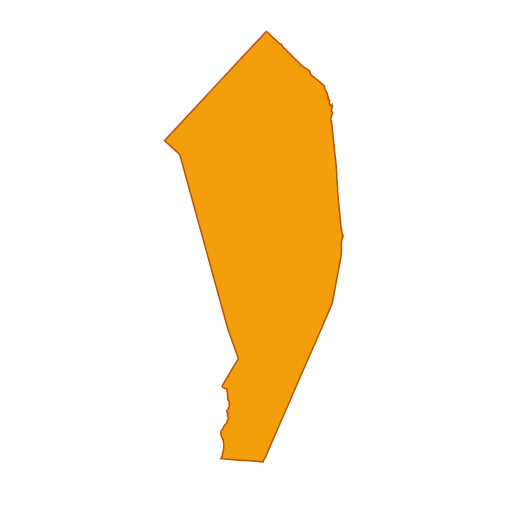 the district of North Horr, Eastern, Kenya, rotated 43°
{"feature_id": "3690345B4448118045148", "entity_name": "North Horr", "entity_type": "district", "adm_level": 2, "iso_a3": "KEN", "parent_name": "Kenya", "parent_adm1": "Eastern", "projection": "equal_earth", "projection_center": [38.048, 3.18], "detail": "fine", "context": "isolated", "style": "filled", "palette": "amber", "viewbox_px": 512, "rotation_deg": 43, "n_neighbors": 0, "source": "geoboundaries", "source_scale": "gbopen_adm2", "svg_char_len": 5226}
<svg xmlns="http://www.w3.org/2000/svg" viewBox="0 0 512 512"><g transform="rotate(43 256 256)"><path d="M399.6,395.1L399.1,393.9L398.5,392.3L397.6,389.9L394.5,381.1L394.0,379.5L393.3,377.8L392.0,374.1L391.4,372.1L389.8,367.8L389.0,365.5L387.3,360.9L379.2,337.7L377.1,331.9L369.7,311.0L360.2,284.0L359.0,280.3L358.4,278.6L355.9,271.6L355.3,269.9L352.2,261.2L345.2,241.8L344.6,240.2L344.0,238.6L338.8,230.3L318.4,198.2L317.5,197.1L316.7,195.9L314.7,193.7L313.8,192.7L312.6,191.4L311.4,190.1L310.9,189.6L310.2,189.2L309.8,188.8L309.8,188.6L309.7,188.4L309.6,187.9L309.2,187.9L308.9,187.5L308.6,187.2L308.5,186.6L308.1,186.4L307.9,185.7L307.3,185.1L307.1,184.6L307.0,183.7L306.7,183.8L306.2,182.0L305.7,182.0L305.4,181.4L304.7,181.6L302.0,179.6L300.4,178.4L298.8,177.1L297.3,176.0L296.4,175.1L295.6,174.3L293.8,172.8L292.4,171.5L290.1,169.6L289.1,168.6L286.2,166.0L285.6,165.5L284.0,164.2L282.2,162.6L280.9,161.4L277.4,158.2L276.1,157.2L274.4,155.6L273.3,154.5L271.3,152.8L270.3,151.9L270.2,151.4L268.6,149.9L267.4,148.9L264.1,145.9L260.9,142.8L255.5,137.5L254.7,136.8L250.9,133.4L249.2,131.9L248.3,131.1L248.1,131.0L248.1,130.9L248.0,130.6L247.6,130.4L247.4,130.5L247.2,130.2L246.0,129.2L245.6,128.9L244.7,128.1L239.5,123.5L237.6,121.9L236.9,121.3L235.3,119.9L232.0,117.0L231.5,116.6L230.2,115.4L229.4,114.7L227.9,113.4L226.6,112.3L225.4,111.3L221.3,107.7L220.5,107.0L219.0,105.7L218.6,106.0L218.2,105.7L217.5,104.9L216.7,104.1L216.6,103.8L215.2,100.8L215.1,100.4L215.0,100.5L214.8,100.1L214.6,99.6L214.3,99.1L213.5,98.6L213.2,98.5L212.6,98.4L211.9,98.7L211.8,98.4L211.8,98.0L211.3,97.3L210.8,96.6L210.9,96.2L210.4,95.7L210.2,95.5L210.1,94.8L209.8,95.0L209.3,94.5L208.5,93.5L208.5,94.0L208.2,94.5L207.5,95.4L207.0,94.7L206.7,94.5L206.4,94.3L205.8,94.5L205.2,93.9L204.2,92.7L204.0,92.2L203.4,92.1L202.9,91.8L201.3,91.9L201.3,91.7L201.3,91.1L196.4,88.2L193.4,87.3L189.8,84.9L186.8,85.1L183.5,85.2L177.1,85.7L175.3,85.9L173.4,86.0L171.5,85.9L169.9,84.3L168.0,84.2L160.1,85.6L157.0,85.4L152.9,85.3L151.7,85.3L147.3,85.2L145.4,85.1L143.9,85.1L138.7,84.9L131.8,84.7L130.9,84.2L130.0,83.8L128.7,84.6L110.4,84.6L110.3,107.9L110.3,137.9L110.4,234.0L131.1,233.8L252.4,308.4L285.1,328.5L295.6,334.0L299.4,335.9L309.4,341.1L312.0,342.5L313.1,343.0L315.4,354.1L319.8,374.1L320.5,374.5L320.9,374.7L321.0,374.8L321.4,374.8L321.7,374.7L321.8,374.7L322.2,374.4L322.3,374.4L322.7,374.3L323.1,374.3L323.5,374.1L323.8,373.9L324.1,373.7L324.4,373.7L324.6,373.7L324.8,373.6L324.9,373.4L325.0,373.3L325.0,373.2L325.3,373.3L325.6,373.4L325.8,373.5L326.1,373.6L326.3,373.8L326.5,374.2L326.7,374.5L326.9,374.7L327.0,374.8L327.4,374.9L327.5,374.9L327.8,375.1L328.4,375.4L328.6,375.6L329.4,376.5L329.7,376.9L329.7,377.0L329.8,377.1L330.5,377.6L330.8,377.8L331.1,378.1L331.5,378.3L331.8,378.4L331.9,378.5L332.1,378.8L332.3,379.1L332.5,379.3L332.8,379.5L333.0,379.9L333.1,380.2L333.2,380.3L333.3,380.4L333.7,380.3L333.8,380.3L334.0,380.4L334.2,380.5L334.6,380.6L334.9,380.5L335.0,380.8L335.3,380.8L335.4,380.7L335.5,380.7L335.6,380.8L335.8,380.9L336.1,381.0L336.3,381.2L336.4,381.4L336.5,381.4L336.6,381.5L336.9,381.9L337.0,382.0L337.2,382.3L337.3,382.4L337.3,382.7L337.4,382.8L337.7,382.9L337.9,383.1L338.1,383.1L338.5,383.3L338.7,383.6L338.8,383.7L338.9,383.8L339.0,384.6L339.1,384.8L339.3,385.1L339.3,385.7L339.4,385.8L339.6,385.9L339.8,386.0L340.0,386.2L340.0,386.4L340.1,386.8L340.1,387.0L340.1,387.4L340.1,387.5L340.2,388.2L340.2,389.0L340.2,389.3L340.3,389.5L340.5,389.7L340.9,389.8L341.0,389.8L341.3,389.9L341.4,390.0L341.5,390.1L341.9,390.1L342.0,390.0L342.0,389.9L342.3,389.9L342.3,390.0L342.5,390.1L342.8,390.3L343.1,390.4L343.1,390.6L343.2,391.0L343.4,391.2L343.5,391.5L343.8,391.8L344.0,392.1L344.3,392.5L344.5,392.7L344.7,392.8L344.8,392.8L345.1,392.8L345.5,392.7L345.8,392.8L346.2,393.1L346.3,393.2L346.5,393.3L346.6,393.5L346.7,394.1L346.8,394.4L346.9,394.6L347.0,394.8L347.1,395.1L347.1,395.3L347.3,395.6L347.4,395.9L347.4,396.1L347.4,396.3L347.6,396.6L347.7,396.8L347.8,396.8L348.5,397.2L348.7,397.3L348.8,397.6L348.7,397.8L348.5,398.2L348.5,398.3L348.5,398.8L348.4,399.4L348.3,399.8L348.3,400.1L348.2,400.5L348.3,400.6L348.4,400.8L348.5,400.9L348.5,401.2L348.5,401.6L348.5,401.8L348.6,402.2L348.6,402.3L348.7,402.8L348.8,402.9L348.9,403.0L349.0,403.2L349.0,403.5L349.3,404.0L349.4,404.4L349.4,404.5L349.5,404.6L349.6,405.0L349.6,405.4L349.7,405.9L349.8,406.0L349.7,406.4L349.7,406.5L349.8,406.7L349.8,406.8L349.8,407.0L349.8,407.4L349.8,407.6L349.9,407.9L349.9,408.1L350.3,408.4L350.4,408.6L350.5,408.8L350.9,409.2L351.1,409.4L351.2,409.7L351.4,409.9L351.5,410.0L352.0,410.3L352.3,410.5L352.5,410.6L352.8,410.8L353.1,411.0L353.3,411.2L353.6,411.4L355.1,412.0L355.9,412.4L357.6,413.1L359.1,414.2L359.8,414.7L360.3,415.1L361.3,416.1L362.1,416.9L362.9,417.9L363.5,418.6L364.1,419.4L364.5,420.1L364.9,420.8L365.4,421.4L365.8,422.3L366.2,423.2L366.6,423.8L367.3,424.9L367.8,425.8L368.3,427.2L368.4,428.2L373.9,423.9L374.6,423.4L377.4,421.2L383.8,416.2L384.4,415.8L385.1,415.3L386.2,414.2L389.1,411.6L394.8,407.1L400.7,402.5L401.7,401.7L401.4,401.3L401.1,400.8L401.0,400.7L400.7,399.6L400.7,399.2L400.6,398.7L400.4,398.1L400.3,397.8L400.2,397.3L400.0,396.3L399.8,395.8L399.6,395.1Z" fill="#f59e0b" stroke="#b45309" stroke-width="1.5"/></g></svg>